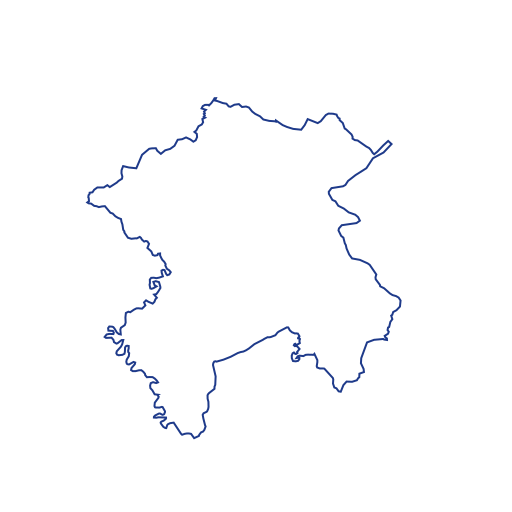 Gaoual, Gaoual, Guinea (Natural Earth projection), rotated 243°
{"feature_id": "49546643B28661548838550", "entity_name": "Gaoual", "entity_type": "district", "adm_level": 2, "iso_a3": "GIN", "parent_name": "Guinea", "parent_adm1": "Gaoual", "projection": "natural_earth1", "projection_center": [-13.638, 11.692], "detail": "fine", "context": "isolated", "style": "outline", "palette": "blue", "viewbox_px": 512, "rotation_deg": 243, "n_neighbors": 0, "source": "geoboundaries", "source_scale": "gbopen_adm2", "svg_char_len": 6095}
<svg xmlns="http://www.w3.org/2000/svg" viewBox="0 0 512 512"><g transform="rotate(243 256 256)"><path d="M145.6,361.3L150.7,364.6L154.2,364.2L156.7,362.6L159.2,359.9L161.9,358.3L169.1,355.5L172.6,352.9L174.0,353.3L180.9,352.1L182.8,352.8L184.9,354.8L196.5,353.3L198.8,352.1L205.4,346.8L210.2,340.5L215.0,339.7L221.6,340.1L225.0,341.0L227.0,340.9L232.7,342.2L235.2,341.0L241.3,341.1L242.9,342.4L244.5,346.4L239.7,360.5L240.3,364.6L244.3,364.6L247.7,363.2L252.8,358.4L258.4,355.8L263.4,352.1L268.7,351.6L271.3,349.5L278.3,349.2L280.2,350.0L282.2,354.1L278.6,365.2L278.7,367.9L281.1,372.1L282.9,381.4L284.1,394.2L290.0,404.6L290.3,416.6L294.2,427.6L298.5,426.0L296.8,419.8L293.9,411.6L293.0,407.5L294.8,406.8L298.3,406.5L300.8,405.8L303.4,404.0L312.8,399.0L314.4,396.7L316.8,395.3L318.3,396.2L320.9,396.3L328.1,393.7L329.3,392.9L335.1,393.7L339.1,392.2L340.5,392.9L341.7,392.0L343.8,391.8L345.4,392.0L347.8,389.2L350.0,385.2L349.9,382.2L346.7,374.9L346.4,371.3L354.5,364.2L350.5,358.8L348.0,353.6L352.4,346.8L356.9,342.2L360.5,339.2L367.7,335.3L366.7,334.7L367.5,333.9L370.4,329.1L374.3,324.5L378.6,323.0L383.0,319.8L386.4,318.2L391.5,317.1L393.7,315.0L395.1,311.2L399.1,309.7L400.6,305.4L400.5,301.0L401.7,299.6L405.1,298.8L407.3,295.9L411.7,291.8L413.2,290.0L414.8,292.0L415.4,290.7L414.1,288.7L412.5,285.6L411.5,282.5L412.3,282.2L413.8,279.1L413.7,276.6L412.2,274.5L409.0,277.7L408.2,275.2L406.4,275.2L406.2,274.0L404.5,274.2L403.8,272.6L402.4,273.5L402.4,270.4L399.2,269.6L397.8,267.4L397.7,263.7L394.9,259.7L394.5,257.5L391.7,258.7L388.7,257.5L386.5,254.8L386.3,252.1L389.7,250.4L393.4,247.5L393.6,243.2L395.1,239.0L391.2,233.4L390.4,228.2L391.4,223.1L390.2,217.6L394.6,215.8L397.5,215.7L399.3,211.8L400.0,209.5L397.9,200.4L388.5,189.2L392.6,182.9L396.4,178.4L393.5,175.2L390.8,173.7L387.5,173.0L385.7,171.7L385.3,167.6L384.6,165.2L383.8,157.0L386.6,155.7L386.2,151.5L389.1,145.8L388.5,141.9L387.0,139.2L387.9,136.5L386.6,135.6L386.2,134.4L384.4,133.2L383.7,133.3L380.7,132.1L380.3,130.0L378.9,130.8L377.5,132.9L374.1,134.6L372.8,136.5L370.9,138.2L370.1,141.3L369.0,144.0L360.6,145.9L358.9,147.6L355.3,148.7L352.7,150.3L350.2,152.5L347.7,151.7L344.8,151.3L339.6,149.6L337.7,149.9L336.7,149.4L330.4,150.2L327.9,152.8L326.5,156.6L325.8,157.8L325.8,161.1L324.4,161.7L322.4,161.8L319.6,162.9L319.4,164.7L318.2,165.9L315.4,166.2L312.5,162.9L307.6,164.8L303.8,164.5L302.2,166.0L301.5,168.6L302.5,169.7L301.8,171.7L300.0,170.8L296.8,170.7L295.0,170.8L292.6,171.6L289.8,171.8L288.7,170.9L285.1,170.8L282.6,172.2L280.3,172.7L278.9,170.4L279.2,168.2L280.8,167.8L285.0,168.1L285.9,166.9L285.9,165.2L283.9,164.4L280.1,163.8L280.7,159.8L281.5,157.1L283.1,155.0L284.1,152.7L283.2,150.7L280.0,149.2L278.7,148.1L275.1,147.1L274.2,148.0L273.9,149.9L274.1,153.6L275.9,152.4L279.5,152.8L279.1,155.2L276.8,157.7L272.4,156.9L270.9,156.3L268.6,152.6L267.3,149.9L267.9,147.7L263.8,148.7L263.1,146.7L261.3,144.7L260.5,142.3L264.0,139.4L266.4,137.9L265.5,135.2L262.2,135.0L260.8,130.6L262.9,127.3L263.6,125.7L263.6,122.9L263.0,118.4L264.3,117.0L264.3,114.2L260.6,111.8L255.8,109.6L254.0,107.7L253.4,103.1L252.0,101.7L247.5,99.9L248.8,98.3L251.2,97.3L255.5,97.0L257.4,96.6L258.3,95.8L259.8,93.3L258.9,91.5L256.5,90.6L254.2,94.5L252.2,94.5L251.2,93.5L253.2,89.9L253.9,87.3L252.6,84.4L251.1,85.2L248.8,90.2L246.1,90.9L243.7,90.4L241.3,91.9L241.1,93.0L242.1,98.1L241.4,99.6L238.0,96.6L236.5,94.4L234.3,88.7L232.8,87.4L231.2,87.4L229.9,88.6L228.6,92.1L228.6,94.4L230.2,95.7L233.9,97.8L234.7,99.0L234.6,100.4L233.6,101.7L231.5,100.6L229.7,99.1L228.4,98.6L227.0,98.9L224.4,97.1L222.4,93.8L220.6,92.4L218.8,92.0L218.0,92.3L217.0,93.6L217.2,98.8L215.9,100.0L214.6,98.9L212.7,94.2L211.1,92.9L209.4,93.9L208.1,96.4L207.3,99.8L206.3,102.0L204.1,103.0L201.5,103.6L200.1,103.2L197.5,103.8L196.5,106.2L195.0,108.9L192.7,110.2L190.1,111.0L187.9,111.3L188.1,109.4L190.3,107.0L190.5,104.5L188.6,102.8L186.2,101.9L183.4,102.7L178.8,102.9L177.0,105.5L177.0,105.1L174.8,105.4L173.9,104.6L171.3,99.3L168.4,97.4L167.1,97.3L166.5,97.9L164.8,101.1L164.3,103.6L163.8,104.2L159.0,104.4L158.3,104.1L156.8,102.4L156.7,101.7L157.0,100.5L159.2,99.0L159.7,97.9L159.7,93.7L159.1,92.1L158.4,91.7L157.2,93.7L156.5,96.0L152.9,102.5L152.4,102.3L151.8,101.6L151.2,98.9L151.4,96.5L151.0,95.5L150.0,95.2L145.8,95.9L143.9,97.1L143.4,97.9L145.7,100.2L146.1,101.3L146.0,103.7L144.9,107.0L131.6,108.5L130.3,109.0L129.9,111.8L129.2,114.0L128.3,115.7L127.0,117.4L121.8,118.2L121.6,123.4L122.5,124.3L123.8,127.0L123.6,129.1L124.5,131.0L127.0,133.7L128.4,133.8L135.0,135.3L138.7,136.4L139.7,137.9L139.6,141.2L139.8,141.9L141.4,143.9L143.1,145.2L147.7,147.4L150.8,148.1L153.9,149.6L154.6,150.5L155.2,152.0L156.5,158.7L158.4,159.7L159.7,161.2L167.1,165.4L178.4,168.2L179.9,169.3L180.9,170.9L180.6,172.1L179.8,172.9L178.4,180.0L177.7,187.7L177.8,195.7L177.4,198.6L176.6,201.4L176.5,204.3L176.8,207.7L178.2,214.6L178.2,224.0L178.4,225.8L178.4,229.4L177.6,230.8L177.1,232.3L176.6,237.3L178.0,240.3L178.3,241.8L178.4,251.1L177.7,252.3L174.4,252.4L171.8,253.4L169.3,255.5L168.9,256.6L167.8,258.1L164.8,258.3L164.0,256.4L163.6,256.1L163.3,256.2L163.0,257.3L162.1,257.5L160.6,256.1L158.5,255.5L158.3,251.9L158.6,251.5L160.0,251.1L160.0,250.2L159.3,249.2L158.0,249.7L157.7,250.9L156.7,251.7L153.4,252.6L151.8,249.0L150.7,248.9L150.5,247.1L151.0,246.5L152.8,246.0L152.7,244.5L151.0,242.6L148.6,241.5L145.6,241.3L144.1,243.6L143.5,245.9L144.4,247.8L145.6,248.4L146.2,247.4L146.7,245.8L147.7,247.6L147.4,249.6L145.3,252.8L145.4,255.3L144.6,257.3L141.8,262.5L142.3,263.6L135.4,263.4L133.6,262.5L130.3,260.1L128.9,259.9L126.9,261.7L125.4,264.6L124.7,265.7L124.1,265.9L112.4,269.1L110.9,268.8L107.4,266.7L103.3,266.1L101.6,267.6L97.9,268.2L96.6,269.9L101.3,275.3L103.0,279.7L100.3,284.5L99.5,289.5L100.7,291.4L101.1,293.0L104.2,294.7L103.6,299.5L106.5,300.6L112.8,300.8L117.2,303.4L128.6,315.7L127.7,323.2L124.3,331.7L123.4,332.2L121.7,334.6L123.1,335.2L125.0,334.3L126.4,334.4L126.8,338.3L128.2,339.9L130.3,339.6L132.3,341.2L132.3,342.4L136.3,345.8L137.8,348.8L141.5,349.4L141.7,350.7L143.8,352.8L143.9,356.5L145.6,361.3Z" fill="none" stroke="#1e3a8a" stroke-width="2"/></g></svg>